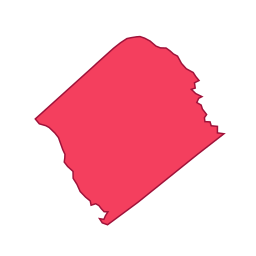 Ibema, Paraná, Brazil, rotated 314°
{"feature_id": "56859067B69632194829853", "entity_name": "Ibema", "entity_type": "district", "adm_level": 2, "iso_a3": "BRA", "parent_name": "Brazil", "parent_adm1": "Paraná", "projection": "robinson", "projection_center": [-53.02, -25.153], "detail": "fine", "context": "isolated", "style": "filled", "palette": "rose", "viewbox_px": 256, "rotation_deg": 314, "n_neighbors": 0, "source": "geoboundaries", "source_scale": "gbopen_adm2", "svg_char_len": 948}
<svg xmlns="http://www.w3.org/2000/svg" viewBox="0 0 256 256"><g transform="rotate(314 128 128)"><path d="M70.1,55.0L69.4,61.3L72.6,67.3L73.6,71.0L73.6,79.0L72.8,84.7L67.1,96.2L65.3,100.9L62.7,103.2L59.2,105.8L58.4,111.3L58.6,118.6L53.7,123.5L52.0,130.5L49.1,137.7L48.8,145.6L49.3,151.5L46.8,155.1L51.1,157.4L52.0,161.0L51.4,164.7L51.2,169.0L53.7,171.8L49.3,172.7L45.5,174.1L43.0,170.5L41.9,175.4L44.2,180.5L81.2,186.7L157.5,196.3L190.5,201.0L186.6,195.7L191.3,191.2L187.4,186.3L189.4,182.8L186.0,178.9L188.5,175.8L192.3,175.2L193.3,168.4L195.3,164.7L194.1,159.8L198.4,158.2L201.9,159.4L199.8,152.8L199.8,146.7L203.4,148.6L206.7,144.4L211.5,146.1L212.1,140.9L213.2,136.4L211.1,128.7L211.6,121.6L214.1,113.7L212.8,109.2L212.7,105.0L212.0,99.9L208.1,95.6L206.3,91.1L205.9,83.5L204.2,77.6L202.1,73.1L199.5,70.8L195.4,67.7L191.6,65.1L184.1,63.4L175.3,62.2L152.7,60.6L148.5,60.4L70.1,55.0Z" fill="#f43f5e" stroke="#9f1239" stroke-width="1.5"/></g></svg>